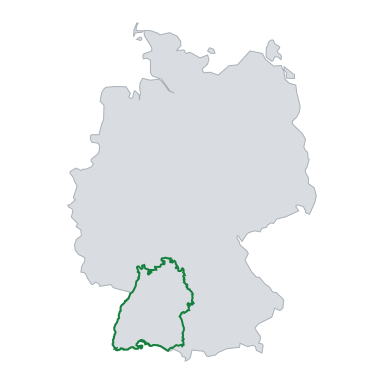 Baden-Württemberg highlighted on a map of Germany
{"feature_id": "DEU-1573", "entity_name": "Baden-Württemberg", "entity_type": "State", "adm_level": 1, "iso_a3": "DEU", "parent_name": "Germany", "parent_adm1": "", "projection": "mercator", "projection_center": [9.433, 48.664], "detail": "fine", "context": "in_parent", "style": "outline", "palette": "green", "viewbox_px": 384, "rotation_deg": 0, "n_neighbors": 0, "source": "natural_earth", "source_scale": "10m", "svg_char_len": 9479}
<svg xmlns="http://www.w3.org/2000/svg" viewBox="0 0 384 384"><path d="M167.2,351.1L157.9,345.2L149.8,345.8L148.4,343.9L145.6,344.0L141.4,341.0L137.7,342.8L136.8,344.5L137.1,345.5L140.8,345.7L141.3,346.5L137.5,348.4L131.2,347.8L123.9,349.5L117.6,349.3L114.0,347.8L113.1,345.1L113.3,341.1L114.8,335.7L115.2,331.8L114.5,329.3L115.4,325.5L117.8,320.5L121.4,305.9L129.6,295.6L129.5,292.0L115.3,288.4L113.0,287.3L110.9,284.6L99.7,286.3L98.7,283.5L95.7,282.3L92.6,284.5L91.5,284.3L87.1,277.7L86.0,274.5L84.0,272.5L80.9,272.1L81.8,266.0L84.7,261.4L84.8,257.6L78.5,254.5L75.3,250.2L74.5,245.1L76.3,239.3L81.4,235.7L80.8,229.9L76.4,226.9L76.1,226.0L77.9,223.8L71.4,217.2L72.9,210.5L71.7,208.6L68.7,207.1L67.7,205.1L69.9,204.7L75.1,200.1L75.3,199.3L73.8,198.7L73.6,196.7L76.9,186.9L76.8,185.2L74.0,180.4L74.0,178.7L70.1,173.3L70.1,171.5L76.1,168.1L81.2,170.5L83.1,169.1L85.6,169.3L91.7,166.7L93.3,163.7L91.0,161.2L91.2,159.3L98.1,153.7L99.2,151.1L99.6,146.0L98.7,144.3L97.8,143.1L91.9,142.3L90.3,139.3L90.8,135.4L91.9,134.7L99.0,134.7L101.9,123.3L103.6,119.7L104.0,105.4L100.1,101.2L101.6,92.9L104.3,88.5L106.4,87.2L115.8,86.5L126.1,86.8L130.4,93.6L128.8,97.0L131.3,98.6L132.5,98.0L134.0,91.7L134.9,90.7L139.2,94.9L139.3,100.4L140.5,92.9L139.6,87.7L140.2,82.7L142.6,78.3L150.2,80.2L158.6,79.2L161.7,81.2L168.9,90.9L174.3,93.0L170.1,91.0L161.5,79.1L152.4,76.0L150.4,72.6L150.5,60.5L147.0,58.1L143.3,58.9L142.8,56.2L143.4,54.1L151.7,50.9L151.8,47.6L144.4,35.6L144.0,30.4L150.3,30.7L158.0,33.2L159.9,34.9L169.7,32.7L177.2,36.2L180.7,41.2L180.9,45.5L176.6,50.6L184.0,49.9L185.9,53.6L189.9,52.2L200.0,57.9L207.6,55.0L209.0,59.6L207.5,64.2L202.1,69.1L203.3,72.1L205.1,72.8L210.1,72.2L218.1,75.1L228.9,65.8L237.5,64.8L250.1,50.9L262.4,53.5L265.6,59.5L273.7,66.1L281.2,65.5L283.9,71.7L285.1,79.3L289.4,83.3L295.8,85.0L296.8,93.0L300.0,105.4L299.9,109.2L298.7,113.5L296.7,117.0L292.5,121.2L292.2,123.7L302.7,134.1L305.5,139.4L303.8,146.9L305.4,150.5L307.2,151.8L307.9,153.7L307.9,158.0L309.2,159.2L307.1,167.0L305.1,170.2L305.7,172.9L308.4,177.7L308.4,183.7L314.1,187.6L316.3,195.5L314.9,202.3L309.5,214.3L305.4,212.7L305.7,210.1L304.9,209.9L303.5,206.7L297.4,204.8L295.7,206.4L298.7,210.8L286.0,216.7L276.7,219.1L273.4,223.6L271.8,222.7L268.0,224.6L266.5,227.4L262.0,228.3L260.0,231.9L255.2,230.8L249.3,232.4L246.7,234.3L242.0,241.4L238.1,235.9L237.1,235.9L236.9,237.7L239.2,241.7L240.1,245.0L246.9,251.0L248.3,253.5L245.0,260.1L251.6,271.8L256.5,277.3L259.3,277.2L265.4,284.4L269.4,286.9L272.5,291.9L276.4,292.6L282.5,298.5L283.7,300.5L282.9,307.9L279.9,310.6L274.8,308.2L271.8,317.2L258.8,323.6L255.1,327.6L255.1,328.8L260.3,336.3L260.3,339.7L258.8,343.2L262.5,344.1L263.1,345.8L262.0,353.0L256.4,350.4L255.4,346.5L253.1,345.3L247.5,346.6L240.1,343.3L239.5,347.3L226.7,348.7L218.0,352.6L215.4,355.1L208.4,356.4L206.8,356.2L203.8,351.3L192.1,350.0L190.2,357.5L188.6,359.6L185.1,361.0L185.6,357.6L181.9,356.4L181.8,354.1L179.4,351.9L173.3,349.1L170.6,351.0L167.2,351.1ZM280.8,54.8L281.5,58.0L280.8,59.5L277.7,56.9L274.7,56.9L272.8,61.0L271.5,61.2L266.7,57.5L266.0,55.7L266.4,47.3L267.9,45.5L268.1,42.9L270.7,40.1L273.1,40.0L274.9,43.9L279.4,46.6L279.8,47.7L277.3,51.0L277.9,52.8L280.8,54.8ZM294.5,74.9L294.5,78.5L286.7,78.2L286.1,75.4L286.6,72.7L284.0,69.8L284.1,66.7L294.5,74.9ZM135.3,33.0L133.6,36.8L133.9,30.2L136.8,23.0L138.1,23.2L136.4,26.5L136.1,30.6L142.9,30.9L142.1,32.2L135.3,33.0ZM215.0,53.2L210.8,53.3L207.6,50.9L209.6,47.8L213.6,49.3L215.0,53.2ZM141.8,39.4L140.7,40.5L136.7,39.3L139.7,37.1L141.4,37.7L141.8,39.4Z" fill="#d9dde1" stroke="#a8b0b8" stroke-width="1"/><path d="M168.0,350.8L160.4,346.0L159.3,345.8L158.3,345.8L158.0,345.2L156.5,345.2L153.4,344.9L152.9,345.1L152.5,345.6L151.5,345.9L150.4,346.0L149.8,345.8L149.0,345.2L148.6,344.8L148.6,344.5L149.1,344.4L148.4,343.7L147.5,343.2L146.8,343.2L146.5,344.0L145.3,344.3L145.2,343.7L144.9,343.1L145.4,342.1L145.2,341.7L144.3,341.7L143.7,340.5L143.3,340.4L143.1,340.6L142.9,341.5L142.6,341.7L142.3,341.5L142.2,340.2L141.7,340.0L141.0,340.0L140.6,340.2L140.8,340.8L140.4,341.0L138.6,341.3L138.4,341.5L137.9,342.3L137.7,343.1L136.7,343.8L136.5,344.1L136.5,344.4L136.6,345.0L136.5,345.4L137.0,345.6L138.3,346.5L138.8,346.4L139.9,345.8L141.3,345.5L142.3,345.8L142.2,346.8L142.0,346.7L142.0,346.4L141.6,346.5L141.7,347.2L141.6,348.1L141.4,348.4L141.1,348.5L140.4,347.6L140.0,347.2L139.2,347.3L138.4,347.8L138.0,348.7L137.2,348.8L135.4,348.8L134.2,348.4L133.7,347.4L132.7,347.2L132.2,347.2L130.7,347.4L130.2,347.9L129.7,348.1L128.9,348.6L128.5,349.2L128.2,349.4L127.0,349.7L123.5,349.7L123.2,348.7L121.3,348.5L120.9,348.3L120.0,349.5L119.5,349.8L117.2,350.3L116.6,350.2L115.2,349.5L116.0,349.5L116.2,349.2L116.6,348.2L116.0,348.3L114.6,348.7L114.8,348.1L114.7,347.7L114.2,347.2L113.6,346.0L113.3,345.4L112.9,345.2L112.7,345.0L112.6,343.7L113.3,342.8L113.3,342.1L113.0,340.7L113.0,340.1L113.4,338.8L113.9,338.4L114.0,338.0L113.8,336.8L114.4,335.7L114.4,334.9L114.6,334.3L115.3,333.5L115.5,333.1L115.5,331.8L114.3,329.7L114.2,328.0L114.6,326.6L115.1,325.7L115.2,325.1L115.3,324.6L117.1,322.2L117.3,321.6L117.8,319.2L118.7,318.6L119.1,318.0L119.1,317.4L118.8,316.4L118.7,315.9L118.7,315.3L119.1,313.8L119.6,312.7L119.6,312.0L119.8,311.6L120.8,310.7L120.8,310.4L120.5,309.6L120.5,308.1L120.7,306.8L121.8,305.0L122.6,304.6L123.0,304.3L124.7,302.4L124.8,302.1L124.9,301.3L125.0,300.9L126.3,300.8L126.5,300.6L126.6,300.0L126.9,299.6L127.1,299.6L128.3,298.9L128.6,298.3L129.9,294.9L130.7,293.3L131.3,292.7L132.1,292.4L133.0,291.4L133.5,290.5L135.5,286.4L135.7,286.0L136.2,282.0L136.4,281.3L137.0,280.8L138.9,278.6L139.0,278.1L138.3,277.8L138.4,277.5L139.3,275.3L139.1,273.8L139.5,273.0L139.2,272.5L137.8,272.1L137.8,271.8L138.4,271.6L138.4,271.3L138.1,270.5L137.4,268.7L136.9,267.8L137.2,266.8L138.0,266.4L138.7,266.5L139.4,267.1L141.2,269.0L142.4,268.5L142.6,268.2L142.6,267.9L142.1,265.7L144.2,265.0L144.3,265.4L144.6,265.8L144.6,266.2L144.5,266.6L144.6,267.0L145.0,268.0L145.3,268.4L146.6,269.1L147.8,269.1L148.0,269.4L148.1,269.8L148.3,270.0L150.0,269.9L150.1,270.1L150.1,270.4L149.6,271.2L149.0,270.8L148.3,271.6L148.4,272.8L148.3,273.1L147.9,273.3L147.9,274.0L148.0,274.2L148.8,274.5L149.2,274.2L150.0,273.3L150.3,272.4L150.5,272.4L150.5,272.6L151.4,272.3L151.5,272.0L151.4,271.7L151.0,270.9L151.7,270.0L153.3,270.0L153.9,270.1L154.2,270.0L154.8,269.4L155.1,269.3L155.8,269.4L156.1,269.8L156.4,269.8L156.4,269.5L156.1,269.0L155.6,268.0L155.0,267.3L155.0,267.1L155.7,267.4L156.0,267.0L156.3,267.2L157.8,266.8L159.9,266.9L160.2,266.7L160.5,265.9L160.8,265.5L160.8,264.8L161.0,264.6L161.6,264.3L162.4,264.2L163.2,263.8L163.7,264.2L164.0,264.3L164.5,263.8L164.3,263.3L164.6,261.4L163.8,261.0L163.6,261.1L163.4,261.8L163.0,261.8L163.0,261.6L163.1,261.1L162.9,260.9L161.9,260.6L161.5,260.4L161.5,260.1L161.7,259.7L161.5,259.0L161.9,258.5L162.5,258.2L163.9,258.2L164.8,257.9L165.8,257.7L166.3,257.8L167.8,258.4L168.1,258.5L168.6,258.3L169.3,258.8L170.6,258.3L170.8,258.6L170.6,259.0L170.6,259.6L170.5,260.1L170.5,260.5L170.3,260.7L170.3,261.1L170.1,261.7L170.1,261.9L170.7,262.2L171.3,262.3L171.4,262.1L171.5,261.5L171.9,261.3L172.1,260.9L172.3,261.6L172.6,262.2L172.7,262.3L173.7,261.2L174.5,260.8L175.6,262.2L175.7,263.9L176.7,265.1L176.9,265.5L176.8,265.9L176.3,266.6L176.3,267.3L175.8,267.9L175.8,268.1L176.0,268.3L176.4,268.2L176.7,267.6L177.1,267.4L177.6,266.8L177.8,266.8L177.9,267.1L177.8,267.5L178.2,268.0L178.3,268.9L178.3,269.7L178.4,270.9L178.7,271.0L180.7,271.0L180.9,270.8L181.9,269.7L181.9,269.3L181.7,269.0L182.4,268.3L182.9,268.6L182.7,269.1L182.8,269.3L183.6,269.7L183.6,269.9L183.4,270.5L183.7,271.3L183.5,272.0L183.2,272.5L183.9,272.9L184.8,275.1L183.9,275.0L183.4,275.6L183.4,276.7L183.4,277.0L183.7,277.4L184.2,277.6L184.3,277.8L184.1,278.5L184.5,279.5L184.5,279.8L184.2,279.9L183.7,279.6L183.6,279.8L183.7,280.1L184.1,280.6L184.1,281.4L184.5,282.1L184.1,282.5L185.0,283.2L186.1,284.5L186.7,284.3L187.3,284.8L187.3,285.2L187.3,285.7L187.0,286.4L186.9,286.5L186.5,286.5L186.4,286.7L186.8,287.0L187.2,287.2L187.2,287.7L187.7,288.2L187.6,288.8L188.3,289.2L188.8,289.2L189.4,289.5L189.8,289.5L189.9,289.8L190.1,290.5L191.4,291.6L191.6,292.1L192.1,292.6L192.2,293.0L192.6,293.4L192.8,294.2L192.8,294.4L192.2,294.8L192.5,295.1L192.4,296.7L192.3,297.1L192.6,297.9L192.5,298.6L192.1,299.2L192.1,300.2L191.9,300.6L191.9,301.0L191.9,301.3L192.1,301.6L192.9,301.9L193.1,302.4L193.6,303.3L192.0,304.6L191.9,304.5L191.9,304.2L192.0,303.8L192.0,303.5L192.2,303.3L192.1,303.1L191.8,303.1L190.2,304.8L189.7,303.8L188.8,303.7L188.2,303.2L187.5,304.0L187.5,304.6L187.9,305.5L189.2,306.5L188.6,307.2L188.6,307.6L188.9,308.3L188.9,309.0L188.6,309.9L188.6,310.0L188.8,310.2L187.4,310.4L187.0,310.8L186.9,311.3L184.3,312.9L184.0,312.8L183.9,312.2L183.7,312.0L183.4,312.0L182.8,312.5L181.9,312.7L181.5,313.1L181.2,313.6L181.3,314.1L181.1,314.2L179.6,316.4L179.9,316.8L180.2,316.9L180.7,318.0L181.6,319.5L182.0,321.0L183.1,325.9L183.8,327.5L183.9,328.1L183.9,329.6L183.7,330.5L182.9,332.7L182.5,333.0L182.5,333.3L182.7,334.0L183.1,334.4L183.1,334.6L183.0,336.0L182.9,336.2L182.8,337.0L182.5,337.3L182.5,337.5L183.0,337.6L183.7,339.3L183.4,339.5L183.1,339.9L182.5,340.0L182.3,340.4L182.9,341.3L183.2,341.3L183.3,341.5L183.5,343.6L183.7,344.4L183.6,345.0L183.4,345.1L182.6,344.9L182.5,345.7L182.2,346.1L181.8,345.0L181.6,344.9L181.1,344.8L180.4,345.0L178.9,345.7L178.2,345.7L177.6,345.5L176.5,345.1L175.6,345.4L173.6,347.2L172.4,347.9L171.4,347.6L171.0,347.8L170.8,348.2L169.7,348.5L168.0,350.8Z" fill="none" stroke="#15803d" stroke-width="2"/></svg>